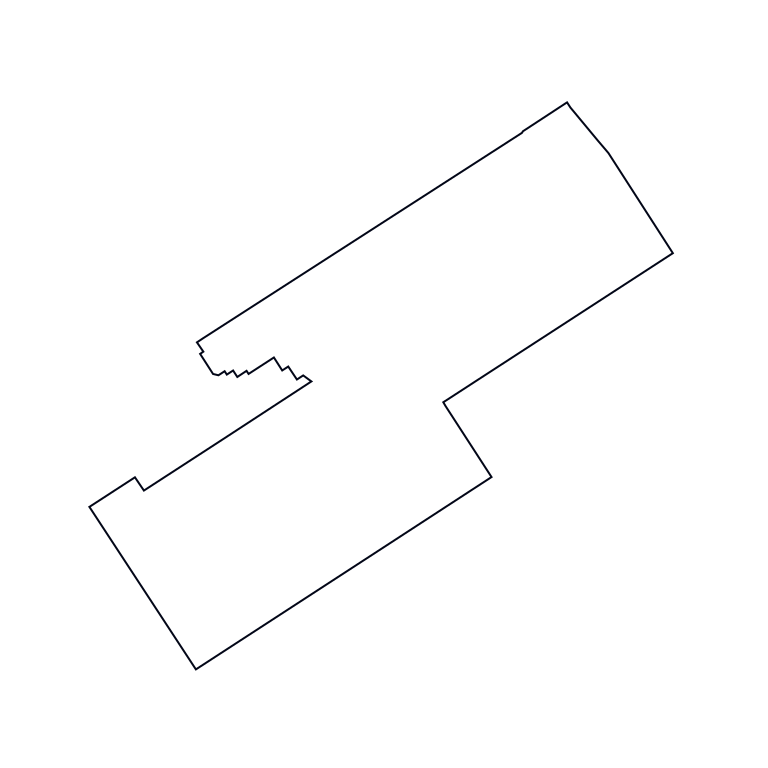 Montrose, Colorado, United States of America (Equal Earth projection), rotated 147°
{"feature_id": "52423323B36547331461438", "entity_name": "Montrose", "entity_type": "district", "adm_level": 2, "iso_a3": "USA", "parent_name": "United States of America", "parent_adm1": "Colorado", "projection": "equal_earth", "projection_center": [-108.218, 38.41], "detail": "fine", "context": "isolated", "style": "outline", "palette": "ink", "viewbox_px": 768, "rotation_deg": 147, "n_neighbors": 0, "source": "geoboundaries", "source_scale": "gbopen_adm2", "svg_char_len": 580}
<svg xmlns="http://www.w3.org/2000/svg" viewBox="0 0 768 768"><g transform="rotate(147 384 384)"><path d="M77.1,520.5L129.8,520.3L131.5,519.5L510.6,520.9L518.2,520.8L517.9,509.5L521.8,509.4L521.9,485.5L518.1,481.5L510.7,481.5L510.7,477.5L503.2,477.5L503.2,469.8L492.1,469.9L492.1,466.2L461.9,466.2L462.0,450.8L454.8,450.8L454.6,435.2L447.1,435.2L443.5,425.7L550.4,425.4L643.4,425.4L643.7,441.4L698.0,441.4L697.2,247.1L497.0,247.2L344.5,247.4L344.4,332.0L344.2,336.4L70.5,336.4L70.0,455.5L72.1,471.7L77.1,514.3L77.1,520.5Z" fill="none" stroke="#020617" stroke-width="2"/></g></svg>